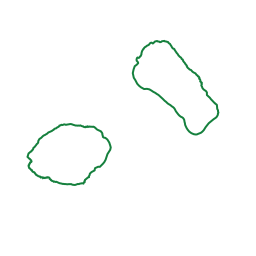 Paama, Malampa, Vanuatu (Mercator projection), rotated 127°
{"feature_id": "77236927B20475273490027", "entity_name": "Paama", "entity_type": "district", "adm_level": 2, "iso_a3": "VUT", "parent_name": "Vanuatu", "parent_adm1": "Malampa", "projection": "mercator", "projection_center": [168.29, -16.483], "detail": "fine", "context": "isolated", "style": "outline", "palette": "green", "viewbox_px": 256, "rotation_deg": 127, "n_neighbors": 0, "source": "geoboundaries", "source_scale": "gbopen_adm2", "svg_char_len": 5811}
<svg xmlns="http://www.w3.org/2000/svg" viewBox="0 0 256 256"><g transform="rotate(127 128 128)"><path d="M38.3,135.8L37.7,137.1L37.5,138.0L37.1,138.5L37.1,139.0L37.4,139.7L37.4,140.4L37.1,141.4L36.4,142.9L36.2,143.6L35.6,145.0L35.7,146.7L35.5,147.2L35.3,147.5L35.3,148.0L35.5,148.4L35.7,148.7L36.0,149.7L36.6,150.7L36.6,151.4L38.2,153.0L38.5,153.2L39.4,153.4L40.2,154.1L40.3,155.2L40.9,156.2L41.0,157.0L41.2,157.3L42.7,158.5L45.3,158.9L45.6,159.2L45.6,160.3L45.8,160.7L46.3,161.1L47.0,161.4L48.8,161.4L49.5,161.6L50.7,162.3L52.6,162.8L53.1,163.1L54.3,163.3L55.1,163.1L55.5,163.3L56.0,163.3L58.3,163.0L60.0,162.3L60.9,161.8L61.3,161.5L62.1,161.4L62.6,161.2L62.9,161.2L63.8,161.5L64.5,161.3L65.1,161.4L65.6,161.7L66.0,162.8L66.3,162.9L66.7,162.9L67.7,162.6L68.4,162.2L69.0,161.6L69.5,159.6L69.8,159.2L70.2,158.9L72.2,159.1L74.6,159.8L77.8,158.8L81.3,157.2L84.4,153.6L85.3,151.1L87.1,147.3L87.6,144.7L87.7,142.2L87.2,138.6L85.3,136.4L84.2,134.0L84.2,133.2L84.0,131.9L83.9,129.6L83.5,127.3L83.5,125.6L83.3,124.0L83.3,123.3L83.8,117.8L84.2,115.1L84.2,113.5L84.5,111.1L84.4,109.7L84.2,107.8L84.3,106.4L84.3,105.4L84.2,104.6L84.3,103.5L84.7,102.1L85.8,99.9L86.1,98.9L86.9,96.0L87.2,94.3L87.2,92.5L86.9,91.2L86.9,90.0L87.4,88.5L87.8,87.9L89.3,86.3L89.9,85.4L90.3,85.1L91.2,84.1L91.7,83.2L92.7,81.3L93.4,79.5L94.0,77.0L94.0,74.7L93.8,73.5L93.3,71.6L92.3,69.8L91.5,69.0L90.2,68.3L89.3,67.7L87.7,66.8L86.0,66.4L84.1,66.2L80.7,66.5L75.6,66.4L69.4,64.9L67.1,64.1L66.1,63.9L65.3,63.9L63.8,64.1L63.2,64.3L62.3,64.9L61.5,65.0L61.1,65.3L60.9,65.8L59.8,66.7L59.5,67.2L59.0,68.3L58.6,68.6L56.2,70.8L56.0,71.2L56.0,73.1L55.9,73.4L56.0,73.5L55.3,77.7L55.1,79.1L54.6,80.7L54.2,84.7L53.9,85.0L53.6,85.3L52.2,86.3L51.7,87.5L51.6,88.2L51.7,89.9L51.7,91.0L51.2,92.8L51.0,93.1L50.4,93.8L50.0,94.9L49.6,95.2L48.8,95.3L48.3,95.7L48.3,96.1L48.2,96.2L48.0,96.3L47.8,96.1L47.5,96.2L47.4,96.4L47.5,97.0L47.3,97.4L47.4,98.1L47.3,98.4L47.1,98.5L46.6,98.7L46.3,99.0L45.9,99.7L45.9,100.5L45.8,100.8L45.7,100.9L45.3,100.8L45.1,100.9L44.4,102.4L44.4,102.8L44.6,103.0L44.7,103.3L44.2,104.3L44.3,104.8L44.3,105.4L44.2,105.8L43.8,106.8L43.9,107.8L44.2,109.2L44.2,110.6L43.8,112.3L43.8,112.8L44.2,113.9L44.2,114.3L44.0,115.1L44.0,116.4L43.7,117.5L43.2,117.9L43.1,118.0L43.1,118.6L42.7,119.0L42.6,119.5L42.5,120.1L42.3,120.5L42.3,121.0L41.8,121.9L41.7,122.9L41.5,123.4L41.4,124.0L41.2,124.4L40.8,124.7L40.6,125.3L40.4,125.6L40.4,125.8L40.6,126.3L40.5,126.9L40.0,127.6L39.9,128.2L39.9,128.8L40.0,129.5L39.7,130.8L39.7,131.4L39.4,131.9L38.9,133.3L38.8,134.3L38.4,135.1L38.3,135.8ZM181.3,129.6L179.8,130.1L176.9,128.5L175.9,127.1L171.6,126.5L169.5,126.4L166.8,126.8L161.2,128.7L156.1,129.1L153.9,130.1L152.8,131.5L150.9,134.2L149.6,137.6L149.5,140.1L150.2,141.5L150.2,142.7L149.4,143.4L148.9,144.3L148.6,144.6L148.3,144.7L148.0,145.0L147.5,145.8L147.3,146.8L147.0,147.2L147.0,147.6L147.3,149.3L147.5,150.0L147.8,151.6L147.8,152.5L147.6,153.7L147.6,154.7L147.5,155.0L147.6,155.6L147.7,156.3L148.2,156.7L148.5,157.3L149.2,158.2L149.5,158.6L149.8,159.4L150.2,159.6L150.4,160.0L150.7,160.1L151.0,160.4L151.0,161.0L151.4,161.0L151.5,161.6L151.9,161.7L152.3,161.9L152.4,162.4L153.0,162.5L153.4,163.3L153.6,163.5L153.7,164.2L153.8,164.4L153.7,164.9L154.1,165.5L154.4,166.4L154.5,167.3L154.6,167.6L155.3,168.1L155.9,169.1L156.5,169.7L156.9,170.5L157.5,171.2L158.4,173.6L158.7,174.7L159.0,175.4L159.2,176.0L159.7,176.6L160.9,177.7L161.5,178.3L162.8,179.5L163.0,179.9L163.2,180.6L163.5,181.1L164.0,181.5L164.6,181.8L165.1,182.2L165.5,183.1L165.8,183.3L166.5,183.4L167.3,184.2L168.3,184.1L168.8,184.2L170.4,185.0L171.5,185.2L172.5,186.0L173.3,186.3L174.2,186.3L175.2,186.8L176.1,187.0L178.5,188.3L179.4,188.9L181.3,189.2L182.4,189.7L183.3,190.0L184.7,190.8L185.8,191.1L188.1,191.4L188.6,191.6L189.3,191.8L189.8,192.1L190.4,192.1L191.0,192.0L192.0,191.9L192.6,191.7L193.4,191.1L193.8,191.0L194.7,190.9L195.4,191.1L195.8,191.2L197.0,191.1L199.6,191.2L200.0,191.3L200.4,191.5L201.1,191.5L201.9,191.1L202.8,191.0L203.5,191.1L203.8,191.3L204.5,191.3L204.8,191.1L205.9,191.6L208.2,192.1L211.5,190.9L211.9,188.4L211.8,187.4L212.1,186.7L212.1,185.8L212.3,185.6L212.5,185.4L212.8,184.9L213.3,184.8L213.9,185.1L214.2,185.4L214.5,185.4L214.7,185.1L215.7,185.0L215.8,185.2L216.0,185.2L216.5,185.1L217.0,184.7L217.3,184.7L217.5,184.8L217.8,184.5L218.1,184.6L218.3,184.4L219.0,183.5L219.2,182.9L219.5,182.7L219.5,182.4L219.3,182.3L219.3,182.1L219.5,181.7L219.5,180.9L219.8,180.2L219.6,179.7L219.8,179.6L219.9,179.3L219.8,178.8L220.2,178.3L220.3,177.7L219.8,176.5L219.8,175.8L219.9,175.5L220.2,175.3L220.2,174.6L220.3,174.2L220.5,174.0L220.5,173.5L220.7,173.3L220.7,173.0L220.5,172.6L220.6,171.8L220.4,171.5L220.5,170.6L219.7,169.1L219.7,168.8L220.0,168.6L220.0,167.9L219.6,167.9L219.2,167.1L219.1,166.5L219.0,166.3L219.1,166.0L218.8,166.0L218.9,165.6L218.5,165.4L218.4,164.9L218.0,164.7L217.9,164.2L217.5,164.1L217.4,163.9L216.8,163.5L216.6,162.9L216.1,163.0L216.0,162.9L215.7,162.6L215.2,161.6L215.1,161.3L215.2,160.6L215.4,160.2L215.7,160.1L215.8,159.9L215.7,159.0L215.8,158.8L215.7,158.4L215.8,158.0L216.0,157.9L215.9,157.2L216.0,156.9L215.8,156.5L215.5,155.5L215.6,155.1L215.2,154.9L215.1,154.4L214.9,154.1L214.8,153.6L214.6,153.3L214.1,152.9L214.0,152.6L213.3,149.5L212.5,147.9L211.9,146.4L211.4,145.8L210.9,144.8L210.3,144.0L209.5,142.6L208.2,141.2L207.7,140.4L207.1,139.8L207.0,139.6L206.8,138.4L205.8,136.6L205.1,135.8L202.9,134.4L202.4,133.5L201.2,132.8L200.5,132.0L199.8,131.5L199.2,130.2L198.8,130.3L198.6,130.4L198.3,130.4L198.1,130.3L197.8,130.3L197.5,130.1L197.2,130.1L197.1,130.3L197.0,130.6L196.8,130.8L196.0,130.7L195.3,131.1L192.9,130.5L192.2,130.4L191.6,130.1L191.0,130.1L190.7,129.7L190.0,130.2L188.8,130.3L188.6,130.4L187.6,130.9L187.0,130.9L186.0,130.8L184.9,130.5L182.1,129.2L181.8,129.2L181.3,129.6Z" fill="none" stroke="#15803d" stroke-width="2"/></g></svg>